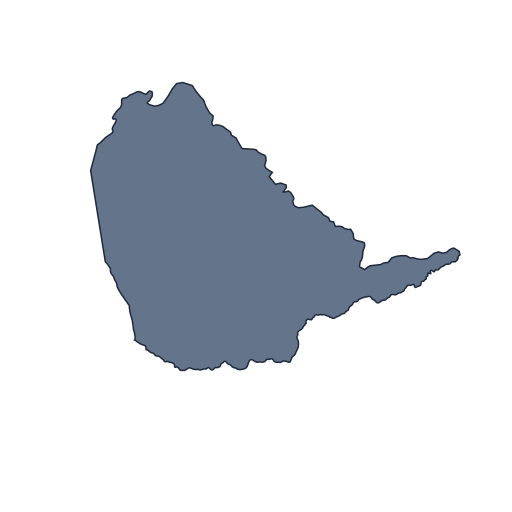 outline of Birao, Vakaga, Central African Republic, rotated 202°
{"feature_id": "33826404B56670707739048", "entity_name": "Birao", "entity_type": "district", "adm_level": 2, "iso_a3": "CAF", "parent_name": "Central African Republic", "parent_adm1": "Vakaga", "projection": "mercator", "projection_center": [22.276, 9.995], "detail": "fine", "context": "isolated", "style": "filled", "palette": "slate", "viewbox_px": 512, "rotation_deg": 202, "n_neighbors": 0, "source": "geoboundaries", "source_scale": "gbopen_adm2", "svg_char_len": 6091}
<svg xmlns="http://www.w3.org/2000/svg" viewBox="0 0 512 512"><g transform="rotate(202 256 256)"><path d="M416.2,369.3L417.1,368.3L417.7,367.0L418.1,365.5L419.1,364.8L420.6,364.5L423.3,364.8L425.7,364.7L427.0,364.2L428.0,363.4L428.5,363.0L430.5,360.5L433.0,358.3L435.0,354.7L436.0,353.9L438.2,352.5L438.7,352.0L439.0,351.4L439.1,350.5L437.3,346.0L437.2,344.4L437.3,343.5L437.4,342.7L438.6,340.1L439.6,337.4L440.5,333.4L440.8,330.7L440.6,330.0L440.1,329.6L439.4,329.5L438.2,330.3L437.5,330.4L436.9,330.1L436.5,329.5L436.3,328.9L436.5,326.1L436.9,323.6L437.1,321.0L436.7,319.6L435.3,318.2L435.2,317.5L435.6,315.9L439.4,310.3L440.3,308.5L442.9,302.5L444.4,300.2L444.7,299.3L443.8,293.6L441.3,273.2L393.6,194.3L390.2,192.5L386.9,190.2L386.4,189.7L385.8,188.6L385.5,187.9L384.9,186.8L384.0,185.8L382.3,184.6L381.1,184.0L380.0,183.2L378.4,181.2L375.7,179.2L374.9,178.2L373.1,175.4L371.2,173.6L365.3,169.2L364.1,168.6L361.9,167.0L358.4,164.9L357.4,164.1L355.0,162.7L354.6,162.2L354.5,161.4L352.2,157.4L350.3,154.6L347.8,151.6L346.3,149.4L343.3,144.4L342.1,141.9L341.2,141.0L338.9,137.7L337.3,134.7L337.1,134.0L337.1,133.2L337.2,132.6L336.5,132.7L334.3,132.0L330.3,131.2L327.7,131.2L327.0,131.3L325.1,131.2L324.4,130.9L324.0,130.3L322.8,128.0L322.1,128.2L321.3,128.2L318.3,127.3L316.6,127.1L315.9,127.3L314.1,127.3L312.4,126.2L311.6,126.0L310.8,126.0L309.5,126.5L307.7,126.5L302.6,124.9L301.6,124.0L300.8,123.9L300.1,124.1L299.0,124.9L298.4,125.1L296.0,125.1L295.3,125.4L293.8,125.6L292.2,125.3L291.5,125.1L290.9,124.7L290.0,122.9L289.4,122.5L288.9,122.7L287.8,123.5L287.0,123.6L285.7,123.0L284.0,121.9L283.2,121.8L282.4,121.9L281.9,122.2L279.2,123.2L278.4,124.2L278.1,124.8L276.5,126.9L275.3,127.6L272.8,127.5L270.5,127.8L269.1,128.2L268.0,129.0L265.7,129.3L264.3,129.8L263.0,131.1L261.8,131.8L259.9,132.6L259.5,133.1L259.3,133.8L258.3,134.7L257.6,134.8L254.9,133.7L254.1,133.9L253.1,134.7L252.0,137.4L250.0,138.0L249.5,138.6L248.5,139.3L248.1,139.8L247.9,143.1L247.5,143.8L246.7,144.7L246.3,145.4L246.2,146.2L245.7,146.6L245.0,146.8L244.2,146.7L242.3,145.7L241.6,145.5L239.3,145.6L238.6,145.4L236.8,144.4L235.2,144.1L232.9,144.5L230.3,144.1L228.2,144.6L225.4,146.4L223.9,147.7L223.2,148.8L222.8,150.4L223.0,151.1L222.8,152.9L223.1,154.3L222.8,156.8L222.5,157.4L221.4,158.2L220.6,158.4L217.2,157.8L215.5,157.8L214.8,158.1L213.1,159.1L211.0,159.7L209.8,160.2L208.3,161.4L207.2,164.2L206.8,164.6L205.3,164.9L203.2,166.5L202.5,166.7L201.7,166.5L200.1,165.3L199.4,165.0L198.6,164.9L197.9,165.0L197.1,165.1L195.3,166.0L193.8,166.3L193.2,166.6L192.1,168.3L191.1,169.0L188.9,169.6L186.4,169.7L185.7,169.8L185.1,170.2L184.7,170.7L184.6,175.9L183.3,178.3L182.9,179.9L182.9,182.4L182.7,185.2L182.7,186.9L183.4,189.8L184.5,192.2L185.7,193.8L186.7,194.6L187.6,195.6L187.8,196.3L187.7,198.0L187.8,198.7L188.7,200.5L188.8,201.3L187.9,203.2L186.6,204.7L185.8,206.7L185.7,208.5L185.4,209.3L185.0,209.8L184.9,210.4L185.0,211.2L184.3,212.3L185.5,214.8L185.2,215.5L184.8,216.0L184.6,216.8L180.9,217.5L180.5,218.1L180.4,219.7L179.3,221.4L179.1,223.1L178.7,223.7L178.2,224.1L176.0,224.5L174.5,225.8L173.0,226.0L171.3,227.1L170.5,227.1L169.8,227.3L168.3,227.0L166.9,227.3L166.1,227.4L164.6,226.9L163.1,227.2L162.4,227.0L161.6,227.0L160.9,227.2L159.8,228.0L157.3,231.0L156.3,231.8L154.9,234.2L152.8,235.8L152.2,237.1L151.7,238.5L150.4,240.0L150.2,240.7L150.4,242.3L150.2,244.0L149.9,244.6L149.1,245.7L148.4,247.0L148.4,248.7L148.2,249.4L147.4,250.5L146.1,251.0L144.8,252.4L144.5,253.2L144.6,254.0L144.2,254.6L143.2,255.4L142.4,256.4L141.4,257.3L140.8,257.6L139.5,259.0L138.7,259.1L138.1,259.5L137.2,260.3L136.6,260.6L135.6,261.0L134.8,261.1L133.3,260.6L132.9,260.1L131.7,259.4L129.3,259.5L128.8,259.0L126.9,258.1L126.0,258.0L124.8,258.6L124.3,259.0L122.5,261.9L122.0,262.3L120.2,263.2L119.3,264.2L118.4,266.1L117.6,267.2L117.1,267.6L116.6,269.0L116.2,270.5L115.8,271.0L115.3,271.5L112.4,272.1L111.9,272.5L111.0,273.4L110.3,274.6L109.3,275.4L107.7,276.5L107.3,277.0L107.0,277.8L105.8,279.2L105.8,280.9L105.7,281.7L105.0,282.9L104.8,284.6L104.5,285.3L104.1,285.9L101.5,286.8L100.6,287.7L99.6,288.5L98.7,288.5L98.2,288.2L97.5,287.1L96.9,286.7L96.2,286.6L94.9,288.1L93.9,288.9L93.0,289.9L92.6,290.4L92.4,291.2L93.0,293.2L92.9,294.1L92.5,294.6L90.9,295.7L90.9,296.3L90.7,297.0L89.8,298.0L89.7,298.9L90.5,300.0L90.2,300.6L89.4,301.7L89.4,302.5L90.2,303.6L90.2,304.4L89.7,304.7L88.8,304.7L87.4,305.1L87.6,305.7L88.8,307.2L88.6,308.0L88.1,308.4L87.3,308.4L85.7,308.0L84.9,308.1L84.6,308.8L84.7,309.4L84.5,310.2L82.0,311.3L81.4,312.5L80.6,314.6L79.8,315.7L78.8,316.5L76.9,319.3L76.5,319.7L75.1,320.2L73.4,321.2L72.3,323.8L71.2,324.5L70.5,324.6L69.3,325.3L69.0,325.3L67.8,327.8L67.9,328.6L68.4,329.3L67.9,329.5L68.3,330.9L68.4,331.7L67.3,333.4L69.4,336.4L75.5,337.5L77.3,336.2L79.0,334.1L80.8,330.6L84.0,328.5L88.3,328.2L92.0,325.2L95.8,318.1L101.2,314.9L104.9,313.8L109.6,313.3L112.0,312.0L116.9,312.5L121.2,310.8L125.3,308.6L129.4,305.2L131.1,299.5L133.5,298.3L135.4,297.0L137.3,294.7L146.4,289.8L148.3,287.5L150.1,284.2L156.1,284.8L157.2,289.5L156.7,292.1L157.0,295.0L158.7,300.9L158.8,305.3L159.7,307.8L160.9,309.0L164.5,308.7L168.5,307.9L171.8,308.6L174.3,313.3L178.4,316.3L179.8,315.3L184.2,314.6L186.7,315.4L189.8,314.9L193.5,313.1L196.9,316.7L200.4,315.9L203.2,318.7L209.1,319.4L212.2,321.1L215.6,322.0L222.9,324.2L230.2,319.0L234.8,316.6L238.6,316.7L240.5,317.9L242.6,320.8L242.3,323.1L243.4,324.8L247.6,327.8L250.2,328.5L252.4,326.6L254.6,325.7L253.5,331.0L254.7,333.1L260.4,332.9L264.7,329.8L273.5,334.5L272.2,339.7L275.9,340.2L279.8,341.2L281.9,342.9L282.0,344.9L282.5,348.4L284.1,351.6L285.7,352.7L288.7,352.6L292.9,353.1L295.7,354.5L298.0,354.1L309.2,350.4L315.5,355.2L318.6,357.9L324.1,358.8L325.9,361.2L335.4,363.7L339.1,363.5L342.0,362.7L344.0,361.0L345.4,361.1L347.0,363.2L347.2,366.4L348.2,369.8L352.5,371.2L358.5,375.9L363.3,381.2L366.8,382.6L374.1,386.7L379.0,390.2L388.9,389.4L394.2,386.1L396.1,380.2L397.4,371.0L399.4,362.8L402.3,359.5L405.9,357.0L411.2,356.4L413.7,356.9L414.3,357.5L412.9,360.5L412.1,365.2L412.8,367.3L413.8,369.2L416.2,369.3Z" fill="#64748b" stroke="#1e293b" stroke-width="1.5"/></g></svg>